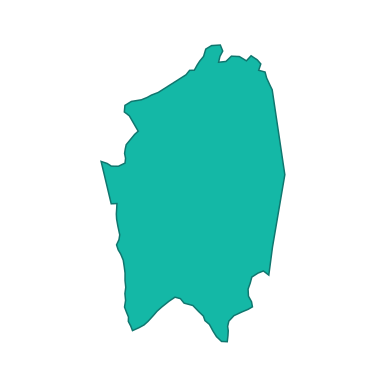 Saltinho, Santa Catarina, Brazil, rotated 285°
{"feature_id": "56859067B33666682456354", "entity_name": "Saltinho", "entity_type": "district", "adm_level": 2, "iso_a3": "BRA", "parent_name": "Brazil", "parent_adm1": "Santa Catarina", "projection": "albers", "projection_center": [-53.035, -26.587], "detail": "fine", "context": "isolated", "style": "filled", "palette": "teal", "viewbox_px": 384, "rotation_deg": 285, "n_neighbors": 0, "source": "geoboundaries", "source_scale": "gbopen_adm2", "svg_char_len": 1404}
<svg xmlns="http://www.w3.org/2000/svg" viewBox="0 0 384 384"><g transform="rotate(285 192 192)"><path d="M131.6,287.7L159.7,284.0L232.7,277.2L311.5,243.0L315.4,239.6L321.4,234.6L326.8,231.5L326.8,224.9L333.5,225.3L336.5,220.9L338.9,213.8L332.8,210.6L335.1,202.7L333.4,194.9L326.9,191.0L324.2,184.1L330.2,183.9L336.1,185.2L341.3,181.3L338.5,173.0L333.6,168.3L326.0,168.1L320.5,165.6L316.2,164.2L310.2,162.7L308.9,158.2L303.7,155.9L279.4,133.6L275.1,127.7L271.8,124.3L268.0,119.3L263.8,110.0L258.3,104.8L251.8,105.9L249.4,111.7L236.8,124.3L232.8,121.7L227.1,119.1L220.7,116.2L216.3,116.4L211.8,116.9L207.4,119.1L202.6,119.8L197.8,114.2L196.1,107.4L197.6,102.7L198.0,96.3L159.7,117.0L161.4,122.5L156.2,123.6L151.2,124.6L146.3,126.2L139.9,129.2L131.9,133.3L127.1,133.8L121.4,132.8L117.0,135.7L113.6,139.2L108.4,143.2L102.0,146.0L96.4,148.3L89.2,150.2L82.7,152.7L76.5,153.5L70.1,155.9L63.4,156.6L58.7,160.0L54.8,163.0L50.5,164.0L46.8,167.4L42.7,170.4L47.2,175.9L51.2,180.1L55.5,182.9L62.4,186.5L67.8,189.1L73.0,192.5L80.6,198.1L86.0,202.8L86.0,208.4L82.6,213.1L82.6,222.2L78.2,229.5L75.1,235.1L71.1,237.8L68.6,243.1L63.0,248.4L58.6,253.1L55.3,259.2L56.5,264.8L62.6,263.9L67.4,262.9L71.4,261.2L76.8,261.0L83.4,264.5L89.1,271.3L93.2,276.6L96.7,280.1L101.4,277.9L106.0,273.5L112.7,271.3L119.1,271.8L125.3,271.8L130.7,276.7L134.2,281.4L131.6,287.7Z" fill="#14b8a6" stroke="#0f766e" stroke-width="1.5"/></g></svg>